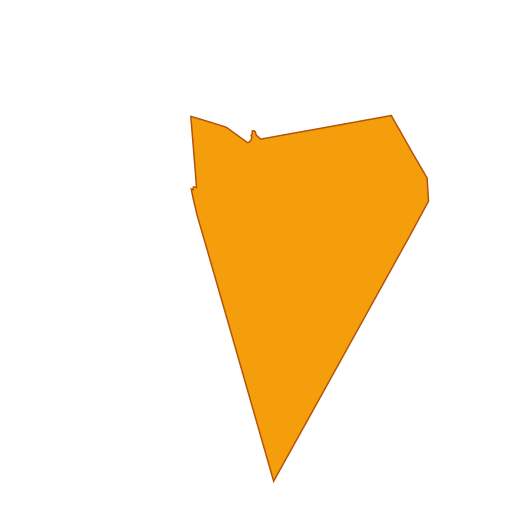 outline of Ad Dabbah, Northern, Sudan, rotated 299°
{"feature_id": "16777658B45906237385518", "entity_name": "Ad Dabbah", "entity_type": "district", "adm_level": 2, "iso_a3": "SDN", "parent_name": "Sudan", "parent_adm1": "Northern", "projection": "natural_earth1", "projection_center": [31.506, 17.537], "detail": "fine", "context": "isolated", "style": "filled", "palette": "amber", "viewbox_px": 512, "rotation_deg": 299, "n_neighbors": 0, "source": "geoboundaries", "source_scale": "gbopen_adm2", "svg_char_len": 1153}
<svg xmlns="http://www.w3.org/2000/svg" viewBox="0 0 512 512"><g transform="rotate(299 256 256)"><path d="M444.5,306.2L442.4,303.7L392.7,242.9L378.4,225.3L360.5,203.5L361.8,197.7L364.4,195.0L364.5,193.2L363.5,192.1L362.5,192.7L361.1,193.4L358.8,193.4L358.0,194.7L354.8,195.4L352.1,194.7L351.0,193.5L354.2,167.8L351.6,154.8L349.1,143.0L346.5,131.3L299.5,162.6L287.1,170.7L286.1,167.8L283.9,168.4L283.5,168.7L283.2,166.9L276.0,173.0L262.6,185.2L244.6,203.4L178.4,269.8L147.8,300.4L68.5,379.7L67.5,380.6L141.1,380.7L165.9,380.7L217.9,380.7L251.8,380.7L306.0,380.7L314.0,380.7L322.6,380.7L349.6,380.7L358.5,380.6L375.0,380.4L387.7,380.3L387.8,380.2L390.9,378.2L396.9,374.4L406.9,368.0L407.3,367.7L407.6,367.2L407.8,366.7L408.0,366.3L408.1,366.2L408.7,365.1L408.9,364.9L409.0,364.7L409.8,363.4L411.3,360.9L412.5,358.8L413.9,356.5L414.0,356.2L415.3,354.2L418.2,349.3L421.3,344.0L422.0,342.8L422.8,341.6L423.0,341.2L423.4,340.6L426.5,335.6L427.1,334.5L431.3,327.7L432.3,326.0L434.1,323.2L434.3,322.8L434.7,322.2L434.8,322.0L434.8,321.9L435.0,321.8L435.0,321.7L437.2,318.1L439.0,315.1L444.5,306.2Z" fill="#f59e0b" stroke="#b45309" stroke-width="1.5"/></g></svg>